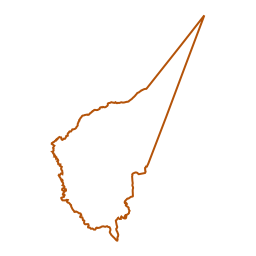 Mathira, Central, Kenya
{"feature_id": "3690345B12350857551286", "entity_name": "Mathira", "entity_type": "district", "adm_level": 2, "iso_a3": "KEN", "parent_name": "Kenya", "parent_adm1": "Central", "projection": "mercator", "projection_center": [37.111, -0.356], "detail": "fine", "context": "isolated", "style": "outline", "palette": "amber", "viewbox_px": 256, "rotation_deg": 0, "n_neighbors": 0, "source": "geoboundaries", "source_scale": "gbopen_adm2", "svg_char_len": 5809}
<svg xmlns="http://www.w3.org/2000/svg" viewBox="0 0 256 256"><path d="M52.2,151.7L52.8,152.1L53.1,153.2L53.6,153.4L53.7,154.1L54.3,154.4L54.4,155.0L54.1,155.5L54.4,156.3L55.2,155.9L55.5,156.4L54.9,156.8L56.3,157.2L56.4,157.8L56.0,158.2L56.1,158.7L56.5,158.4L56.9,158.5L57.8,159.5L58.1,160.1L57.4,160.9L57.8,161.1L57.4,161.5L58.0,162.2L58.3,163.1L58.1,163.7L58.3,164.3L58.7,164.5L59.2,164.3L60.4,164.4L60.3,165.1L60.0,165.9L60.8,166.3L61.3,166.5L61.8,166.9L61.1,168.2L61.3,168.6L61.2,169.3L61.6,170.0L62.2,170.7L62.2,171.2L62.4,172.2L62.5,172.8L62.5,173.4L62.4,174.0L61.9,173.6L61.0,173.5L60.6,174.0L60.3,174.6L59.9,175.0L59.4,175.1L59.0,174.8L58.7,175.2L59.1,175.6L59.1,176.1L59.3,176.5L60.2,177.6L60.8,179.1L61.9,179.5L62.2,179.7L62.5,180.2L62.6,180.8L62.2,181.1L61.7,181.1L61.9,181.5L63.1,183.0L63.2,183.5L63.1,184.9L62.6,185.3L63.2,185.7L63.7,185.7L64.5,186.9L64.4,187.4L63.6,188.1L63.0,188.3L62.4,188.6L62.1,189.4L62.1,189.9L62.5,190.3L63.2,190.7L63.9,190.7L64.5,190.6L64.8,190.2L65.0,189.5L65.3,189.1L65.8,189.2L66.0,190.0L66.0,190.6L65.4,190.7L64.8,191.3L64.5,191.8L64.1,192.1L63.5,192.9L63.2,193.3L63.1,193.7L62.8,194.2L62.9,194.7L63.3,195.0L64.1,194.5L64.5,194.7L64.6,195.3L64.2,195.8L64.0,196.8L61.3,197.8L61.3,198.5L62.1,199.9L62.5,200.3L62.9,200.4L64.0,200.3L64.6,200.4L65.3,200.4L66.7,199.8L67.8,200.0L67.0,201.7L67.3,202.1L67.8,202.6L68.8,202.8L69.7,203.6L70.0,204.0L70.2,204.5L70.8,204.8L71.1,205.2L71.1,205.8L71.2,206.6L71.5,207.1L72.7,209.5L73.8,210.7L74.4,211.9L75.0,212.0L75.5,211.6L75.9,211.5L76.4,211.6L78.7,212.9L79.1,213.3L80.2,213.4L80.6,213.6L81.1,214.6L81.3,215.1L80.8,215.4L80.6,216.0L80.2,216.4L80.2,217.0L80.8,217.3L81.5,217.3L82.3,217.4L82.7,218.4L82.8,219.8L83.0,220.2L83.5,220.2L83.9,220.4L84.3,220.7L84.3,221.2L84.1,222.2L84.1,222.8L84.3,223.5L84.9,224.1L85.3,224.3L86.2,224.2L87.5,224.1L88.3,224.2L88.5,225.0L88.7,225.4L88.0,226.8L88.1,227.4L88.9,227.6L89.8,227.6L90.5,228.4L91.0,228.8L92.1,228.5L92.5,228.5L92.9,228.8L93.9,229.6L95.2,229.6L95.5,229.3L95.7,228.8L95.9,228.3L96.3,227.8L96.9,227.6L97.4,228.0L99.1,227.8L99.9,227.5L100.5,227.4L101.4,226.7L103.1,226.3L105.2,226.8L107.1,226.2L107.8,226.7L108.2,227.0L109.5,227.2L110.2,228.5L110.4,229.2L110.4,230.0L110.2,230.8L109.8,231.8L109.8,232.3L110.0,232.8L110.8,234.0L111.2,234.8L113.2,236.9L114.2,237.8L116.4,240.3L116.9,240.6L117.3,240.6L117.6,239.4L117.4,238.6L117.5,237.1L118.0,236.5L118.2,235.4L118.2,234.4L117.2,231.7L116.5,230.5L116.4,230.0L116.2,229.1L116.3,228.6L116.8,228.1L117.1,227.6L117.2,227.0L117.1,226.4L116.7,225.3L115.8,220.7L116.1,220.2L116.7,219.8L117.1,219.3L117.9,218.0L118.2,217.8L118.4,218.3L119.6,219.0L120.8,218.9L120.7,218.4L120.8,217.9L121.1,217.5L121.1,216.9L121.4,216.5L122.6,217.6L123.6,218.1L124.3,218.4L125.1,218.5L125.7,218.3L126.1,217.8L126.3,216.4L125.6,216.5L125.0,216.8L124.7,216.5L124.9,216.0L125.6,215.0L126.7,214.8L127.6,214.3L128.1,214.0L128.9,213.2L129.0,212.1L129.6,210.8L129.2,210.2L128.9,209.6L128.6,208.6L128.6,207.6L128.1,207.2L127.7,206.7L126.7,206.3L125.8,205.4L125.9,204.9L126.5,204.5L126.9,204.0L126.3,203.1L126.0,202.8L125.4,203.1L124.9,203.1L124.7,202.6L124.7,202.0L124.9,201.3L126.1,199.9L126.9,199.2L127.1,198.8L127.6,198.5L128.6,198.5L129.2,198.0L131.0,196.8L132.6,196.5L132.9,196.1L132.9,195.0L132.8,193.9L132.8,192.8L132.7,192.0L132.7,190.9L132.7,189.7L133.1,188.0L133.0,187.1L132.4,185.7L132.4,185.3L132.4,184.8L132.7,183.6L132.7,182.9L132.4,180.8L132.2,177.5L132.1,176.4L132.4,175.4L132.2,174.5L132.6,173.9L133.0,173.5L134.5,172.8L135.1,172.6L135.9,172.4L137.2,172.8L137.6,173.1L138.3,173.9L138.8,174.2L144.1,173.2L145.1,172.9L145.6,171.7L145.3,171.2L145.4,170.8L145.1,170.0L145.1,169.5L145.3,169.0L145.2,168.6L145.0,168.2L145.2,167.7L145.5,167.5L145.9,167.1L146.0,166.6L146.5,166.6L147.0,166.5L147.2,165.9L148.3,163.6L160.4,132.0L166.3,116.6L184.9,66.9L204.3,15.4L181.6,44.4L146.4,88.8L145.3,88.9L144.3,89.1L142.9,89.7L142.4,90.1L141.4,90.3L140.7,91.1L139.6,91.7L138.7,92.5L138.1,92.7L137.4,92.9L136.1,94.6L135.7,94.9L135.1,95.8L134.4,96.4L133.8,97.1L133.2,97.5L132.0,98.8L129.0,101.0L128.6,101.5L127.4,101.8L126.8,101.8L124.1,102.5L122.8,102.6L121.6,102.3L120.8,102.4L119.8,102.8L119.0,103.0L117.9,102.8L117.0,103.2L116.4,103.0L115.9,102.5L115.5,102.2L115.0,102.5L114.7,102.9L114.1,102.9L113.7,102.7L112.8,102.6L111.3,102.2L110.2,102.8L108.3,103.2L107.8,103.7L107.8,105.1L107.5,105.6L107.2,106.0L106.6,106.3L106.2,106.7L105.8,107.0L105.3,107.2L104.5,107.3L103.0,106.9L102.6,107.3L102.1,107.3L101.2,107.1L100.8,107.5L100.1,107.6L99.8,108.0L99.5,109.1L98.8,109.3L98.2,109.6L97.7,110.0L96.2,110.1L95.2,109.9L94.6,109.9L94.0,110.1L93.7,110.6L92.7,111.0L92.4,111.6L91.7,111.8L91.3,112.5L90.5,113.0L89.9,113.4L89.6,114.0L89.1,114.5L88.1,114.5L87.9,114.9L87.4,114.8L87.0,114.6L86.0,114.8L84.5,115.1L84.0,115.4L82.6,115.6L81.9,116.2L81.7,116.7L80.9,117.6L80.6,118.1L80.3,118.3L80.1,118.8L79.2,120.0L79.4,120.6L79.0,120.9L78.9,121.3L78.4,122.1L78.4,122.6L78.1,123.0L77.8,123.6L77.7,124.3L77.7,125.5L77.0,126.5L76.6,126.8L76.4,127.2L76.2,127.8L75.4,128.6L74.8,128.9L74.1,129.1L73.5,129.4L72.9,129.3L72.3,129.4L71.7,130.5L70.9,131.5L70.2,131.5L69.6,131.4L69.2,131.7L68.9,132.6L68.0,133.2L67.6,134.1L67.8,135.1L67.8,135.7L67.4,135.9L66.8,135.9L66.2,136.1L66.2,136.8L65.8,137.2L65.5,138.0L64.9,138.8L64.3,138.8L63.9,138.7L63.6,139.1L63.1,139.3L62.9,139.6L62.3,139.9L61.7,139.5L61.4,138.9L61.4,138.1L61.1,137.4L60.6,137.4L60.0,137.4L59.6,137.0L58.6,137.5L58.2,138.0L57.9,138.5L57.5,139.1L57.1,138.8L56.7,139.1L56.8,139.5L56.5,139.9L55.9,140.0L55.8,140.7L55.4,140.7L54.8,141.0L54.3,141.7L53.7,142.0L53.2,142.1L52.8,142.7L52.4,143.0L52.2,143.4L51.8,143.3L51.7,143.9L52.1,144.2L52.6,144.6L53.3,144.9L53.7,145.3L54.4,145.7L53.8,146.7L53.3,147.3L53.0,147.9L53.6,148.6L53.4,149.2L53.5,149.6L53.6,150.5L53.2,151.2L52.2,151.7Z" fill="none" stroke="#b45309" stroke-width="2"/></svg>